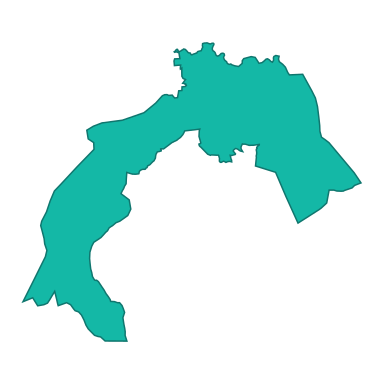 outline of Rafael Delgado, Veracruz, Mexico
{"feature_id": "50627088B70303647374080", "entity_name": "Rafael Delgado", "entity_type": "district", "adm_level": 2, "iso_a3": "MEX", "parent_name": "Mexico", "parent_adm1": "Veracruz", "projection": "mercator", "projection_center": [-97.093, 18.796], "detail": "fine", "context": "isolated", "style": "filled", "palette": "teal", "viewbox_px": 384, "rotation_deg": 0, "n_neighbors": 0, "source": "geoboundaries", "source_scale": "gbopen_adm2", "svg_char_len": 5770}
<svg xmlns="http://www.w3.org/2000/svg" viewBox="0 0 384 384"><path d="M23.0,301.7L32.7,297.8L37.7,305.8L43.9,304.7L47.5,303.1L49.8,299.6L51.5,296.7L54.7,291.4L56.6,299.1L57.7,304.0L58.2,305.7L66.6,302.7L70.6,304.7L73.6,308.9L75.1,310.7L78.6,311.9L81.5,315.1L84.0,320.0L86.0,325.2L88.3,329.0L94.5,335.3L98.0,336.5L100.6,336.9L105.1,341.0L126.9,341.1L125.1,335.4L125.2,331.7L124.7,328.2L123.9,324.3L122.9,317.7L124.6,312.4L123.2,308.4L122.0,305.5L119.6,302.7L117.5,302.7L114.4,301.6L110.6,301.4L110.2,299.6L108.2,296.5L106.0,293.6L104.1,290.1L101.7,286.6L98.4,281.6L96.6,280.2L96.0,280.4L94.5,280.0L92.5,276.6L91.7,272.4L90.7,269.0L90.1,263.8L89.6,258.6L89.9,252.2L91.8,246.1L93.8,242.3L101.0,237.5L103.5,234.8L105.6,232.4L107.5,230.8L109.1,227.9L110.8,226.7L112.5,225.7L116.0,222.7L119.8,221.2L127.8,215.5L130.8,209.1L129.2,199.9L121.0,193.7L122.4,190.6L123.6,188.7L124.6,186.1L126.1,183.8L126.3,179.3L126.8,172.4L129.9,173.4L132.4,174.1L135.7,174.2L138.8,173.8L138.9,173.7L139.1,172.3L139.4,171.4L140.0,170.6L141.2,169.9L142.0,169.5L143.1,169.3L144.4,169.3L145.0,169.3L145.5,169.0L145.8,168.3L146.3,168.0L147.0,167.6L147.5,166.5L147.6,165.8L149.2,165.1L150.0,164.6L150.5,164.1L151.0,163.5L151.5,163.0L152.0,162.5L152.8,161.7L154.0,160.8L154.9,159.1L155.4,158.2L155.5,157.4L155.5,157.0L155.7,155.7L156.0,154.2L156.2,153.9L156.5,153.4L156.9,152.6L157.2,152.0L158.0,151.6L158.7,151.7L161.2,150.9L161.2,150.7L161.1,149.9L160.7,149.5L160.6,149.0L160.8,148.8L161.9,148.8L163.6,148.9L170.5,143.7L171.9,142.6L173.1,142.1L173.7,141.7L175.5,140.9L176.9,140.2L177.0,140.1L178.4,138.9L179.7,138.0L179.8,137.9L180.4,137.5L181.3,136.5L182.1,135.5L182.8,134.7L183.4,133.7L184.0,132.5L184.5,131.4L184.7,130.9L195.3,129.7L199.8,129.1L199.6,129.7L199.5,130.1L199.3,130.4L199.0,136.4L199.0,136.5L199.5,138.1L199.7,139.0L200.0,139.8L200.4,141.4L200.8,143.0L200.6,143.3L200.4,143.5L198.9,144.1L199.3,145.7L200.2,146.7L200.8,147.1L207.7,154.2L210.4,155.3L211.4,154.9L216.7,155.2L218.4,155.2L218.8,156.0L219.5,158.5L219.4,159.6L219.4,161.2L220.3,162.3L221.4,162.3L223.4,161.2L224.4,161.5L225.9,162.4L227.8,161.6L229.7,161.4L231.7,161.9L231.6,160.2L231.2,159.3L231.1,159.2L230.2,155.3L231.5,155.5L235.2,154.5L235.5,153.9L233.2,151.0L233.5,150.1L235.5,148.5L236.6,148.7L238.1,149.4L238.9,150.1L240.3,151.0L242.7,151.6L241.1,148.9L241.0,146.9L242.4,143.9L243.6,144.2L245.1,144.1L248.4,145.1L249.2,145.4L249.6,145.3L250.6,145.3L253.0,145.2L253.1,145.3L259.3,144.4L259.3,144.8L259.2,145.1L258.8,145.3L258.4,145.6L257.9,146.0L257.7,146.2L257.4,146.6L257.2,146.8L257.0,147.0L256.9,147.2L256.8,147.3L256.7,147.4L256.7,147.6L256.8,147.9L257.0,148.1L257.1,148.4L256.9,148.7L256.5,149.0L256.4,149.2L256.3,149.5L256.3,150.1L256.3,150.4L256.5,150.9L256.5,151.1L256.7,152.7L256.6,154.4L256.3,155.4L256.2,156.3L256.4,157.2L256.3,158.1L255.5,166.0L263.8,168.6L275.6,172.3L285.9,196.4L298.0,223.1L319.3,209.5L321.2,208.1L326.7,203.0L329.1,190.1L333.9,190.1L336.7,191.0L340.9,191.2L343.2,191.1L344.9,190.3L352.1,187.9L354.6,185.4L361.0,182.9L354.2,172.8L339.7,155.5L329.0,142.7L325.0,139.6L321.5,137.2L319.9,131.2L319.7,125.5L318.8,117.2L317.5,106.6L315.4,98.0L311.9,91.0L302.7,74.3L289.4,74.9L287.7,72.4L285.4,67.2L282.7,64.3L279.3,61.7L278.5,59.1L279.1,56.2L275.8,55.5L273.9,56.5L273.4,57.9L273.6,60.2L272.4,62.2L270.7,61.3L269.4,59.9L267.6,58.8L266.1,59.1L264.2,60.9L262.1,62.6L259.0,63.3L257.3,60.6L255.2,57.4L251.2,56.6L243.8,58.6L242.3,60.6L242.2,63.4L238.6,66.5L234.8,65.8L232.1,64.9L230.8,64.0L230.2,64.2L229.5,64.4L228.6,64.2L227.8,63.7L227.0,62.9L226.6,61.7L224.9,60.4L224.1,59.1L223.6,57.7L223.8,56.6L224.5,55.3L224.3,54.3L224.1,53.8L223.3,53.3L222.2,53.2L221.0,53.6L220.2,54.5L219.0,55.6L217.6,56.1L217.0,55.9L215.8,54.8L215.4,53.3L215.0,52.5L214.6,52.0L214.3,51.7L214.0,51.4L213.6,51.3L213.3,51.0L212.7,50.3L212.3,49.1L212.4,47.9L213.2,45.8L213.6,45.2L213.9,44.5L213.8,43.6L213.3,43.2L212.5,43.2L211.8,43.3L211.2,43.6L210.7,43.9L209.7,43.8L209.0,43.6L207.2,42.9L206.6,42.9L205.9,43.0L205.0,43.0L204.2,43.1L203.5,43.3L202.6,43.6L202.6,44.0L202.5,44.6L202.4,45.3L202.4,45.7L202.5,46.3L202.7,46.8L202.7,47.3L202.4,47.9L202.1,48.4L201.8,49.2L201.5,50.0L201.2,50.7L200.3,50.9L199.0,51.2L198.3,51.4L197.9,51.5L197.7,51.7L197.3,52.1L197.0,52.5L196.7,52.9L196.6,53.2L196.4,53.2L196.0,53.2L195.5,53.3L194.9,53.7L194.1,53.8L193.6,54.1L193.0,54.3L191.9,54.8L191.6,54.8L191.2,54.7L190.6,53.8L190.4,53.2L190.2,53.0L189.8,52.9L189.2,53.0L188.7,52.8L188.1,52.5L187.6,51.9L187.2,51.4L186.8,50.9L186.5,50.7L186.3,50.5L186.1,50.2L185.8,49.9L185.6,49.6L185.2,49.4L184.7,49.2L184.1,49.1L183.6,49.0L183.3,49.2L183.2,49.4L182.8,49.8L182.1,50.0L181.6,50.3L181.0,50.8L180.4,51.2L180.1,51.3L179.5,51.5L179.1,51.4L178.7,51.3L178.1,50.7L177.9,50.2L177.7,49.8L177.6,49.5L177.3,49.3L176.9,49.3L176.6,49.5L176.2,49.7L175.9,50.1L175.6,50.6L175.1,51.1L174.8,51.4L174.2,51.8L174.7,52.3L176.2,51.8L179.0,52.9L179.4,55.9L179.5,55.9L179.9,58.6L174.6,58.9L174.0,61.0L174.0,61.4L174.1,61.8L174.4,65.6L176.7,65.4L177.5,65.3L180.4,65.1L180.7,65.1L180.5,65.9L180.3,68.6L180.4,69.1L181.8,68.1L181.8,72.1L181.8,72.9L181.8,73.0L181.9,76.4L182.6,77.5L183.0,78.4L183.4,78.7L185.0,79.2L185.5,79.5L185.4,79.6L182.7,83.3L183.2,83.4L183.6,83.4L184.3,83.5L184.9,84.1L185.0,84.2L185.6,84.0L185.7,84.6L186.0,84.8L186.2,85.0L186.4,85.3L186.4,85.5L185.7,86.0L185.3,86.4L185.2,86.5L182.0,86.9L181.9,90.5L178.7,90.8L178.2,94.1L178.1,94.3L177.8,96.0L177.5,97.6L174.7,98.0L173.5,96.7L172.2,95.1L168.7,95.4L167.0,94.6L164.7,94.7L162.4,95.7L155.7,103.1L144.0,112.7L122.4,120.2L102.0,122.9L93.4,126.2L86.8,130.2L88.2,138.9L93.7,142.6L94.0,149.4L77.1,166.8L60.8,184.3L54.4,191.0L50.2,200.9L46.5,211.9L41.7,221.2L40.7,225.6L41.9,230.0L44.1,238.6L44.7,243.9L46.9,250.4L45.4,256.7L34.4,278.9L23.0,301.7Z" fill="#14b8a6" stroke="#0f766e" stroke-width="1.5"/></svg>